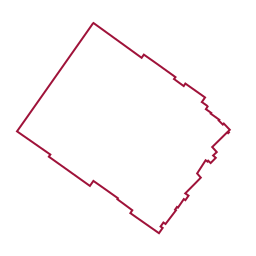 outline of Moreno, Santiago del Estero, Argentina, rotated 215°
{"feature_id": "61730980B85651312060638", "entity_name": "Moreno", "entity_type": "district", "adm_level": 2, "iso_a3": "ARG", "parent_name": "Argentina", "parent_adm1": "Santiago del Estero", "projection": "robinson", "projection_center": [-62.704, -27.304], "detail": "fine", "context": "isolated", "style": "outline", "palette": "rose", "viewbox_px": 256, "rotation_deg": 215, "n_neighbors": 0, "source": "geoboundaries", "source_scale": "gbopen_adm2", "svg_char_len": 1008}
<svg xmlns="http://www.w3.org/2000/svg" viewBox="0 0 256 256"><g transform="rotate(215 128 128)"><path d="M42.3,59.6L42.3,66.0L44.8,66.0L44.8,70.9L42.2,70.9L41.5,88.1L42.6,88.1L42.6,91.4L41.4,91.4L41.5,101.8L39.6,101.8L39.6,107.3L43.6,107.3L41.1,121.7L39.9,129.1L45.3,130.4L45.9,146.1L43.5,146.1L43.5,147.2L40.2,146.7L39.0,153.9L42.5,154.3L41.5,159.2L48.1,160.7L44.3,181.3L44.2,181.4L43.0,181.2L42.8,182.3L44.0,182.6L43.6,184.9L52.1,186.6L52.3,185.2L58.1,186.2L58.0,187.1L68.5,187.2L68.5,188.1L75.0,188.1L75.1,191.3L76.3,191.6L82.4,191.6L82.4,197.2L106.5,197.3L106.4,194.3L118.4,194.5L118.3,196.9L145.2,197.2L153.3,197.2L157.1,197.2L157.1,193.3L216.2,194.2L216.5,194.2L216.7,193.2L216.7,190.6L216.7,183.3L216.9,85.7L216.9,81.7L216.9,78.1L217.0,61.6L216.7,61.6L211.9,61.6L208.8,61.6L176.4,61.7L176.4,59.1L126.0,58.7L126.0,64.7L126.0,64.8L125.9,64.8L118.2,64.8L96.0,64.7L95.9,63.6L94.1,63.5L77.3,63.1L77.2,59.6L69.6,59.6L61.9,59.6L42.3,59.6L42.3,59.6Z" fill="none" stroke="#9f1239" stroke-width="2"/></g></svg>